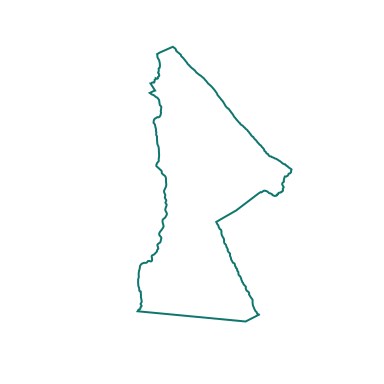 Barra, Bahia, Brazil (Natural Earth projection), rotated 155°
{"feature_id": "56859067B70822366872061", "entity_name": "Barra", "entity_type": "district", "adm_level": 2, "iso_a3": "BRA", "parent_name": "Brazil", "parent_adm1": "Bahia", "projection": "natural_earth1", "projection_center": [-43.395, -11.084], "detail": "fine", "context": "isolated", "style": "outline", "palette": "teal", "viewbox_px": 384, "rotation_deg": 155, "n_neighbors": 0, "source": "geoboundaries", "source_scale": "gbopen_adm2", "svg_char_len": 6109}
<svg xmlns="http://www.w3.org/2000/svg" viewBox="0 0 384 384"><g transform="rotate(155 192 192)"><path d="M291.7,106.9L244.5,79.2L198.2,52.0L183.2,52.5L183.3,53.0L183.8,53.1L184.2,53.5L184.3,54.2L184.2,55.8L184.6,56.7L184.8,57.5L184.9,59.5L184.7,63.7L183.8,66.3L182.8,68.4L182.7,68.9L182.7,69.6L183.2,71.4L183.6,75.1L182.9,76.1L182.9,76.7L183.3,78.1L184.2,79.6L184.1,81.7L183.9,82.3L183.3,83.1L183.3,83.8L184.3,86.6L184.1,88.1L184.5,89.2L184.3,90.4L184.3,91.9L184.0,92.9L184.0,94.8L184.2,95.8L184.6,96.3L184.7,97.5L184.6,98.1L184.2,98.9L183.8,100.2L183.9,100.7L184.2,101.1L184.2,101.7L183.7,103.2L183.9,103.9L184.2,104.5L184.0,106.0L184.2,106.7L184.1,107.3L183.8,108.1L183.7,109.2L184.0,109.8L184.8,110.6L184.9,113.1L185.1,114.2L184.5,116.2L184.6,117.6L184.5,118.2L183.7,119.7L183.6,120.4L184.1,121.6L184.4,123.0L184.4,123.5L184.3,124.2L183.8,124.8L183.8,126.6L184.0,127.3L183.6,129.5L183.8,130.8L184.1,131.2L184.3,132.0L183.8,133.9L183.4,134.4L182.9,136.1L182.9,136.8L183.2,138.5L183.1,139.1L183.2,139.8L183.2,140.4L182.7,142.4L182.0,143.7L181.7,145.2L181.8,145.8L182.3,146.4L182.6,147.1L182.5,147.9L182.6,149.0L182.4,149.6L182.3,151.0L182.6,151.8L182.7,153.2L182.7,154.6L175.2,155.3L159.8,156.6L132.6,162.5L129.9,162.9L129.1,162.3L126.5,162.8L125.4,162.4L125.0,162.0L124.6,161.7L124.1,161.3L123.3,160.2L122.5,158.2L121.6,157.7L120.5,156.3L120.3,155.0L119.7,154.6L119.3,154.0L118.9,153.6L118.4,153.3L116.9,153.0L116.4,153.1L116.2,153.8L115.8,153.8L114.9,153.6L114.5,154.2L113.9,154.6L113.2,154.5L112.6,154.2L111.4,154.1L110.9,154.5L110.4,154.5L110.0,154.3L109.1,154.7L108.8,155.2L108.5,156.1L108.2,156.8L107.5,157.1L107.0,157.4L106.8,158.2L107.1,159.8L106.9,161.0L106.6,161.5L106.0,162.1L104.8,162.3L104.3,162.6L103.8,164.0L101.9,166.3L101.1,166.8L100.2,166.2L99.7,166.3L98.5,166.3L97.9,166.6L97.3,167.1L96.7,167.7L95.0,167.5L93.7,168.3L93.3,169.3L92.4,170.1L92.3,170.6L94.2,173.7L94.5,174.9L95.3,175.8L95.4,176.5L95.8,177.0L95.9,177.7L96.4,177.9L97.7,179.5L98.9,182.2L100.3,184.3L100.8,185.3L101.8,186.6L102.8,187.5L103.3,188.4L104.9,189.9L105.1,190.6L106.1,191.2L106.5,191.6L107.1,193.0L107.0,193.8L107.2,194.5L108.0,195.3L108.2,195.9L108.2,197.2L109.0,198.7L108.7,200.2L109.2,202.3L109.6,203.1L109.7,204.0L109.9,205.0L110.8,206.5L111.0,207.7L111.6,209.3L112.1,211.8L112.4,212.4L113.1,214.5L113.2,216.0L113.8,216.7L114.3,218.0L114.5,218.9L114.4,219.6L114.8,220.3L115.1,222.3L115.6,223.6L115.6,224.3L115.8,225.0L116.8,226.8L116.8,227.4L117.0,228.0L117.5,228.8L117.9,230.4L119.3,232.6L119.5,233.4L119.5,234.3L120.0,235.1L120.2,235.9L120.7,237.6L120.8,238.1L121.2,239.0L121.2,239.7L122.1,242.7L122.1,244.3L122.5,246.5L122.9,247.7L122.9,248.6L123.2,249.5L123.6,251.8L124.2,252.7L124.8,254.0L125.3,256.0L125.4,257.9L125.7,260.7L125.9,261.7L126.4,263.4L127.2,266.8L127.9,269.2L127.7,270.7L127.9,271.7L128.5,275.0L129.6,278.9L130.3,280.8L131.6,283.7L132.2,286.5L132.8,288.2L133.1,289.7L135.0,293.9L135.7,294.8L137.6,298.6L137.9,300.4L138.9,302.8L139.9,304.6L141.0,307.6L141.2,308.6L141.6,309.2L141.9,310.4L141.9,311.2L143.1,316.2L143.7,318.2L144.1,318.9L144.3,319.5L144.3,320.3L144.1,321.1L144.7,322.2L145.0,323.1L146.2,325.3L146.3,326.1L146.6,326.5L146.7,327.1L146.4,327.8L146.5,328.6L146.7,329.3L147.5,330.8L148.0,331.7L162.0,332.0L165.4,331.7L165.4,331.2L165.6,330.7L166.4,328.6L166.1,325.0L166.4,324.2L166.6,322.8L167.0,321.9L167.5,320.3L167.9,319.8L168.2,319.1L168.5,318.7L169.1,318.1L169.7,318.2L170.1,317.9L171.0,315.7L172.2,314.6L172.3,314.0L172.0,313.5L172.1,312.8L172.3,312.3L172.3,311.7L172.6,311.3L173.1,310.8L174.2,310.6L174.6,310.2L174.9,309.4L175.4,309.3L176.0,309.5L176.8,310.4L177.0,309.9L177.5,309.6L178.4,309.5L179.0,308.3L179.6,308.0L179.7,307.5L180.2,307.3L180.4,307.7L181.1,307.7L181.7,308.0L183.2,307.8L183.7,307.9L182.6,299.5L183.9,299.7L188.4,299.6L187.1,297.3L186.4,296.6L186.0,296.3L185.7,295.8L184.6,293.4L183.5,292.0L183.0,289.7L183.0,289.0L183.6,287.3L184.3,284.8L184.3,284.2L183.8,282.4L184.0,281.8L186.2,278.3L186.4,277.8L186.4,277.4L186.6,276.9L188.0,275.0L189.3,274.0L190.4,273.8L191.0,273.9L191.5,274.4L192.0,274.5L192.8,274.3L194.5,274.2L195.6,273.7L196.1,273.3L196.5,272.8L197.3,271.5L197.6,270.8L197.4,270.4L197.1,268.9L197.8,265.8L197.9,265.0L198.2,264.0L199.0,262.3L199.0,261.4L200.1,259.4L200.4,258.6L200.2,257.2L200.8,256.1L202.6,251.6L203.0,250.5L203.2,249.2L203.2,247.3L203.7,245.4L205.1,242.2L206.3,239.1L207.2,237.5L208.3,235.9L209.0,234.2L209.5,233.8L211.2,233.1L212.6,231.9L213.2,231.1L213.3,230.6L213.1,229.9L211.9,227.1L211.3,225.5L210.8,224.6L210.7,224.1L210.8,223.2L211.2,222.5L211.3,222.0L211.3,221.4L210.8,220.0L209.8,218.2L209.6,217.4L209.6,216.4L210.0,214.9L211.3,212.1L211.9,210.3L212.4,209.1L213.4,207.8L216.6,205.1L217.3,203.9L217.4,203.0L217.4,200.8L217.8,200.0L219.1,198.2L219.1,197.7L218.9,196.4L218.8,195.6L219.0,195.0L220.5,193.7L220.6,193.0L220.4,192.3L220.3,191.5L220.7,190.6L222.7,188.6L223.6,187.5L223.8,187.0L223.9,186.3L223.8,183.6L224.0,182.9L224.3,182.3L224.8,181.8L226.9,180.3L227.8,180.0L229.5,179.6L230.5,179.0L231.3,177.5L231.6,176.2L231.9,174.2L232.2,173.0L232.5,172.6L234.5,171.1L238.0,169.3L238.7,168.8L239.2,168.2L239.6,167.7L239.8,166.5L239.2,164.4L239.2,163.9L239.2,163.4L239.5,162.8L241.7,160.1L242.6,159.6L244.8,159.3L245.3,159.0L245.7,158.7L246.0,158.1L246.1,156.5L246.4,155.1L246.7,154.8L247.8,154.3L248.2,153.9L249.0,152.9L249.6,152.6L252.2,151.6L252.9,151.4L254.6,151.4L255.3,151.2L255.6,150.9L255.9,150.4L256.4,148.3L256.9,147.2L257.3,146.7L257.7,146.5L258.2,146.4L258.7,146.5L259.9,147.5L260.9,148.0L261.4,147.8L262.4,147.3L262.9,147.2L263.5,147.2L265.5,148.1L267.6,148.2L268.2,148.1L268.8,147.9L270.0,147.2L270.5,146.7L271.9,144.5L273.4,142.8L274.6,141.0L275.5,139.1L275.8,138.1L276.4,137.1L277.7,135.6L279.3,132.2L280.2,129.9L280.4,129.0L280.5,127.3L281.3,125.2L281.4,124.6L281.2,124.0L280.6,123.7L280.6,123.1L281.3,121.7L281.7,120.3L282.4,119.1L282.7,118.3L283.3,115.9L283.9,113.9L284.3,113.4L285.7,112.5L285.9,112.2L286.0,111.5L285.7,110.5L285.9,109.9L286.3,109.6L287.2,109.4L287.6,109.1L287.8,108.5L288.1,108.1L288.5,107.9L289.9,107.9L290.4,107.8L291.7,106.9Z" fill="none" stroke="#0f766e" stroke-width="2"/></g></svg>